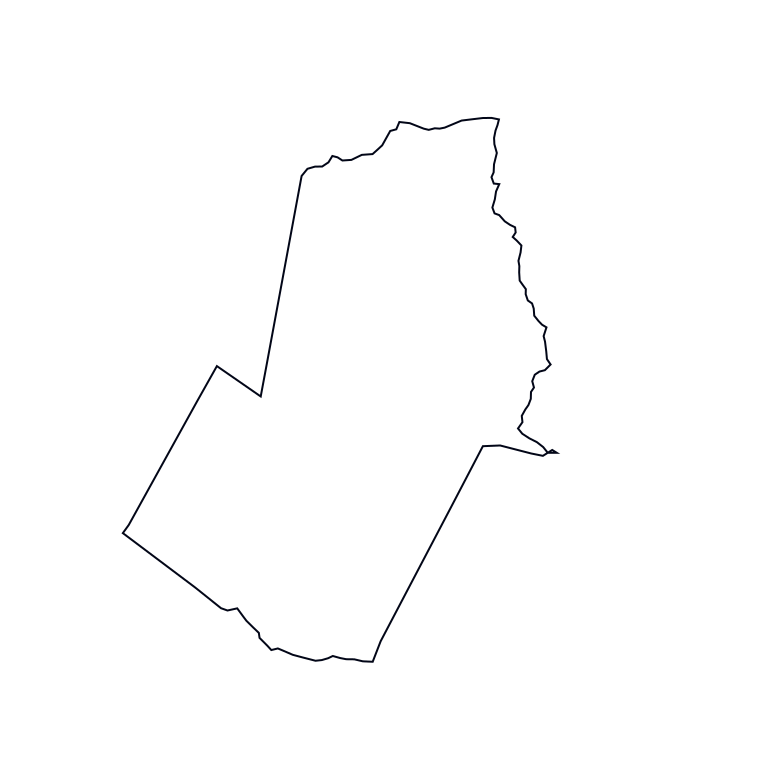 Catingueira, Paraíba, Brazil (orthographic projection), rotated 213°
{"feature_id": "56859067B50931657389991", "entity_name": "Catingueira", "entity_type": "district", "adm_level": 2, "iso_a3": "BRA", "parent_name": "Brazil", "parent_adm1": "Paraíba", "projection": "orthographic", "projection_center": [-37.613, -7.154], "detail": "fine", "context": "isolated", "style": "outline", "palette": "ink", "viewbox_px": 768, "rotation_deg": 213, "n_neighbors": 0, "source": "geoboundaries", "source_scale": "gbopen_adm2", "svg_char_len": 1702}
<svg xmlns="http://www.w3.org/2000/svg" viewBox="0 0 768 768"><g transform="rotate(213 384 384)"><path d="M209.2,415.5L216.1,417.8L224.1,418.5L232.5,417.6L240.9,417.6L247.4,419.7L247.1,427.4L251.1,432.3L251.6,439.7L251.4,445.0L252.8,451.5L256.4,457.4L256.3,462.7L261.2,467.1L262.6,473.9L260.4,479.1L256.6,483.2L254.9,491.1L260.9,493.6L265.6,499.6L272.0,507.2L276.2,511.1L278.6,520.0L283.7,519.8L288.5,520.9L295.2,523.1L299.5,528.8L303.7,532.2L308.9,532.4L314.1,536.5L316.7,540.8L321.7,542.7L326.5,544.6L331.4,551.2L334.7,556.6L338.3,560.5L341.1,568.7L344.2,575.0L350.9,576.6L356.1,577.4L356.1,582.8L359.4,586.8L365.0,586.1L371.3,586.2L379.4,588.4L384.2,587.3L389.2,591.0L391.6,599.2L394.9,606.5L396.2,614.4L401.1,611.9L406.5,616.0L407.3,621.2L411.4,628.2L415.2,639.2L422.0,645.2L425.7,650.3L428.5,657.3L429.8,662.9L431.7,668.5L438.8,665.7L446.1,660.8L455.0,653.4L462.4,647.2L472.7,632.1L476.4,628.5L480.7,626.1L484.9,621.5L489.7,619.8L504.4,616.8L513.8,612.1L512.4,604.3L516.6,599.6L515.5,583.2L516.9,577.7L518.8,570.6L527.4,564.1L533.4,554.2L540.6,548.8L546.4,548.8L551.5,547.1L551.3,539.7L554.3,532.7L560.2,528.8L565.4,522.8L566.4,513.6L493.6,337.9L480.6,306.4L533.9,308.0L531.3,267.4L521.3,126.8L521.8,116.7L431.8,110.5L398.6,107.2L391.9,108.8L384.9,115.9L375.4,112.3L370.5,110.5L360.8,108.5L353.4,107.1L350.1,103.3L339.0,100.9L333.6,99.5L329.0,104.4L324.1,105.3L313.0,107.2L303.2,110.4L290.7,114.6L285.8,118.6L281.5,123.6L278.8,128.0L271.5,130.3L265.8,132.6L259.0,136.9L250.7,139.9L242.2,144.9L246.7,166.4L254.4,249.3L260.6,316.2L267.2,385.7L253.1,395.7L222.7,405.9L211.6,410.3L209.2,415.5ZM209.2,415.5L201.6,420.4L207.0,420.3L209.2,415.5Z" fill="none" stroke="#020617" stroke-width="2"/></g></svg>